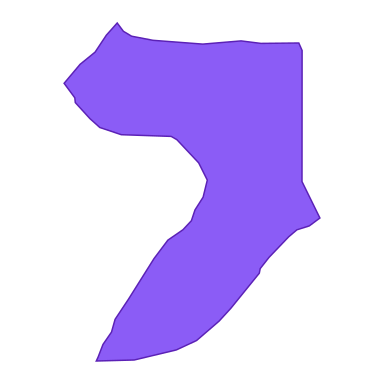 the district of Santa Clara La Laguna, Sololá, Guatemala
{"feature_id": "79465075B26793890214768", "entity_name": "Santa Clara La Laguna", "entity_type": "district", "adm_level": 2, "iso_a3": "GTM", "parent_name": "Guatemala", "parent_adm1": "Sololá", "projection": "mercator", "projection_center": [-91.309, 14.72], "detail": "fine", "context": "isolated", "style": "filled", "palette": "violet", "viewbox_px": 384, "rotation_deg": 0, "n_neighbors": 0, "source": "geoboundaries", "source_scale": "gbopen_adm2", "svg_char_len": 685}
<svg xmlns="http://www.w3.org/2000/svg" viewBox="0 0 384 384"><path d="M319.9,218.0L302.0,181.6L302.1,50.5L298.8,43.0L260.9,43.4L241.1,40.9L202.8,44.1L152.9,40.3L131.6,36.2L123.4,31.3L117.2,23.0L106.4,35.1L95.1,52.1L80.1,64.3L64.1,83.3L74.8,97.8L75.3,102.6L89.9,118.6L99.8,127.5L121.3,134.7L171.2,136.4L176.9,139.7L198.7,162.9L207.3,180.1L203.1,197.2L195.0,209.9L191.4,220.7L183.0,229.7L167.9,240.1L154.0,258.6L128.6,299.0L115.1,319.3L111.5,332.1L103.0,344.4L98.1,357.1L96.3,361.0L134.2,360.0L176.4,349.9L196.6,340.5L219.1,321.1L231.0,308.1L259.3,273.2L260.2,268.6L269.0,257.4L288.7,236.8L296.9,229.8L309.3,225.9L319.9,218.0Z" fill="#8b5cf6" stroke="#5b21b6" stroke-width="1.5"/></svg>